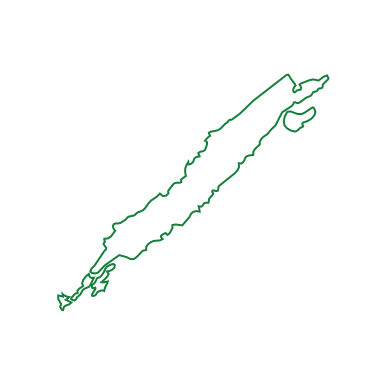 SVG path tracing the border of Isabel, rotated 285°
{"feature_id": "SLB-1264", "entity_name": "Isabel", "entity_type": "Province", "adm_level": 1, "iso_a3": "SLB", "parent_name": "Solomon Islands", "parent_adm1": "", "projection": "orthographic", "projection_center": [158.985, -7.976], "detail": "fine", "context": "isolated", "style": "outline", "palette": "green", "viewbox_px": 384, "rotation_deg": 285, "n_neighbors": 0, "source": "natural_earth", "source_scale": "10m", "svg_char_len": 3980}
<svg xmlns="http://www.w3.org/2000/svg" viewBox="0 0 384 384"><g transform="rotate(285 192 192)"><path d="M332.4,285.4L337.5,289.4L339.5,292.3L337.2,294.4L335.7,294.1L330.2,290.8L329.3,290.6L327.3,290.9L326.5,290.8L325.6,289.9L325.2,288.7L324.7,287.6L321.7,286.4L319.7,283.2L316.1,282.1L314.9,280.9L312.5,277.7L307.1,273.5L305.4,271.7L305.1,269.9L305.4,268.4L305.0,267.3L302.4,266.9L300.4,265.7L292.4,258.5L278.0,255.4L271.8,251.7L267.5,249.9L263.7,246.6L260.9,245.1L257.9,244.4L255.6,245.2L249.8,241.7L246.6,240.8L243.7,241.6L242.0,237.6L240.4,235.4L238.4,234.5L236.0,234.3L233.7,233.5L232.1,232.1L231.9,229.7L228.2,231.0L224.4,230.2L220.9,228.3L204.8,216.5L203.7,216.3L201.0,216.7L199.9,216.5L199.2,215.4L199.1,213.8L199.1,212.4L198.9,211.6L197.5,211.4L196.8,212.0L196.2,212.8L195.2,212.9L190.5,210.5L189.4,210.3L186.9,210.7L185.8,210.5L185.7,210.0L185.0,207.6L184.6,206.9L182.6,206.0L181.2,205.6L180.2,204.6L179.9,202.1L178.7,202.9L175.0,204.5L174.7,201.1L173.2,198.4L170.7,196.7L167.4,196.1L157.3,191.3L156.4,184.7L155.0,181.6L152.0,182.4L146.7,181.2L144.2,179.5L145.5,177.0L143.6,174.9L141.9,173.5L140.7,173.5L138.9,175.8L137.0,173.6L134.7,167.4L132.7,165.1L130.1,163.0L127.1,162.0L124.1,162.7L122.5,159.6L114.9,155.4L112.2,153.1L111.4,150.7L111.4,148.9L111.9,147.2L112.2,145.4L112.2,138.1L98.6,126.8L89.7,122.0L88.2,119.3L87.9,116.3L89.1,114.3L92.1,114.7L95.6,116.9L112.6,122.7L114.1,123.7L115.8,123.7L117.3,121.7L119.1,119.9L121.6,120.8L122.3,120.1L122.8,119.8L123.3,119.6L124.1,119.4L125.4,122.8L127.9,125.1L134.7,127.9L135.3,126.9L136.5,125.7L137.8,124.7L138.9,124.3L141.0,125.0L142.0,126.8L142.5,128.9L143.6,130.9L147.0,134.1L149.1,135.6L150.8,136.3L151.9,137.4L154.6,142.5L157.8,144.3L160.4,147.9L161.9,149.5L164.1,150.8L170.3,153.1L173.4,154.9L178.6,159.4L182.2,161.4L180.5,164.9L181.8,168.0L184.5,169.6L186.9,168.7L193.9,171.5L195.9,172.8L197.1,175.1L197.7,177.6L198.8,179.1L201.2,178.2L205.9,181.9L209.9,180.1L213.1,179.4L216.2,179.6L220.0,180.6L217.8,181.6L218.4,183.2L220.2,184.7L221.8,185.4L224.8,185.6L226.4,186.5L227.4,188.0L228.3,190.1L231.2,188.0L233.0,189.5L234.3,192.3L236.1,193.7L241.7,194.2L244.1,193.6L245.0,191.3L248.2,192.8L249.5,193.7L250.9,194.9L253.6,192.9L255.4,194.9L256.9,198.5L258.7,201.5L261.5,203.7L266.4,206.4L268.6,208.2L269.1,208.4L271.1,209.3L271.5,209.8L271.9,211.2L272.2,211.7L280.2,218.1L296.2,227.7L329.5,253.0L330.3,254.7L326.6,258.6L322.9,263.5L321.6,264.5L320.1,263.7L318.2,263.2L316.2,263.4L314.8,264.5L314.9,265.5L317.6,267.5L319.0,270.4L320.7,270.4L322.3,269.6L323.7,268.0L325.3,269.5L330.5,276.7L331.9,279.4L332.3,281.9L332.4,285.4ZM302.9,284.8L305.0,286.6L304.8,287.8L302.9,289.5L301.4,290.4L299.8,290.6L298.0,290.3L295.9,289.5L293.9,288.5L292.5,287.3L290.0,284.7L287.9,281.4L286.4,280.8L284.1,282.4L281.6,279.7L279.0,278.2L277.1,276.2L276.9,271.6L278.2,267.0L280.5,264.0L283.9,262.4L288.8,262.0L293.9,263.2L295.3,266.0L294.7,274.1L295.8,277.9L297.8,280.3L302.9,284.8ZM95.1,128.0L97.6,129.0L100.3,131.6L102.1,134.4L101.6,136.3L98.8,136.6L96.3,135.1L94.3,132.7L93.2,130.4L91.3,132.7L88.0,131.9L81.4,128.0L81.7,129.6L83.8,133.8L82.1,133.8L77.8,132.8L73.6,132.8L73.9,131.7L73.1,129.2L71.1,126.7L67.7,125.6L67.0,125.1L66.2,123.9L65.8,122.6L66.5,122.1L68.2,122.2L70.9,123.0L71.9,123.1L72.2,123.5L73.7,123.8L74.6,123.3L73.6,121.5L73.6,120.4L74.8,119.7L76.5,119.7L77.8,120.8L79.8,121.8L84.1,122.6L86.1,125.3L89.0,126.7L92.4,127.7L95.1,128.0ZM74.1,117.2L72.7,115.7L71.2,113.7L69.3,111.9L64.2,110.7L60.5,108.2L58.2,107.7L56.9,106.7L56.7,104.7L57.4,103.0L58.8,102.9L60.4,104.0L62.2,104.7L63.8,105.7L64.8,107.7L67.0,106.9L69.1,107.8L73.0,111.2L75.2,109.5L78.9,109.7L83.0,111.3L86.2,113.6L84.5,114.4L83.3,115.7L83.0,117.3L83.8,119.4L76.1,117.9L74.1,117.2ZM59.9,93.4L59.2,94.9L58.8,96.7L58.6,98.5L58.7,100.4L56.1,98.9L55.2,98.0L54.0,104.1L51.6,102.4L50.1,100.0L48.1,98.1L44.5,98.0L44.5,96.9L46.9,94.4L48.1,94.4L49.7,94.7L54.2,90.4L57.5,89.6L57.5,94.4L58.2,94.1L59.3,93.7L59.9,93.4Z" fill="none" stroke="#15803d" stroke-width="2"/></g></svg>